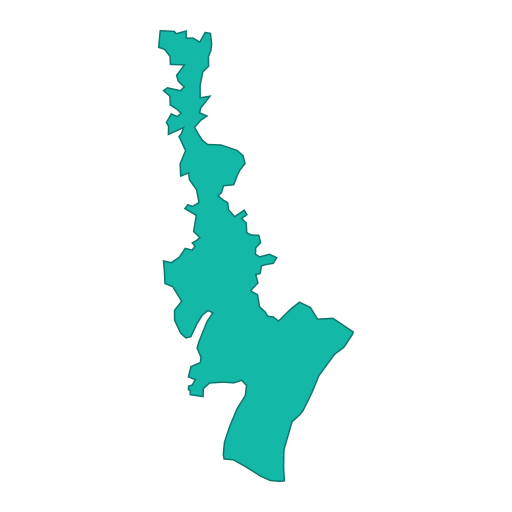 Kumkurgan, Surkhandarya, Uzbekistan (Equal Earth projection)
{"feature_id": "79887680B83701806850214", "entity_name": "Kumkurgan", "entity_type": "district", "adm_level": 2, "iso_a3": "UZB", "parent_name": "Uzbekistan", "parent_adm1": "Surkhandarya", "projection": "equal_earth", "projection_center": [67.631, 37.927], "detail": "fine", "context": "isolated", "style": "filled", "palette": "teal", "viewbox_px": 512, "rotation_deg": 0, "n_neighbors": 0, "source": "geoboundaries", "source_scale": "gbopen_adm2", "svg_char_len": 2227}
<svg xmlns="http://www.w3.org/2000/svg" viewBox="0 0 512 512"><path d="M163.5,260.9L164.4,271.2L165.0,283.5L172.8,286.7L181.7,301.3L174.5,310.4L174.6,320.2L180.8,333.3L185.8,337.9L190.9,336.6L196.8,324.0L202.6,314.8L207.9,310.6L212.9,312.7L207.1,321.4L203.6,330.1L199.1,341.3L197.1,348.1L201.0,357.1L200.4,362.5L191.0,366.6L188.4,376.9L195.3,379.6L192.3,384.9L188.6,386.2L188.5,389.7L190.3,390.7L190.2,394.7L203.1,396.6L203.3,388.7L209.5,383.0L223.5,382.1L233.6,382.9L241.6,380.3L246.5,385.4L245.3,395.7L237.1,408.7L229.6,426.6L224.5,442.2L223.3,454.5L224.1,459.0L233.3,459.8L245.6,466.7L260.6,476.1L270.2,480.5L279.0,481.3L284.4,480.9L283.6,468.4L283.9,449.9L286.4,441.2L292.0,421.8L299.8,414.7L303.0,410.7L311.7,393.1L318.9,375.6L334.7,354.1L340.1,350.2L344.0,347.1L351.9,335.2L353.3,332.1L351.6,330.9L332.9,318.3L317.6,319.2L310.5,307.6L299.5,302.2L291.0,308.8L278.6,321.1L273.1,316.9L267.6,316.2L265.4,312.2L259.5,306.6L257.5,294.7L251.6,291.5L251.2,290.0L257.9,282.9L255.8,274.5L260.0,273.6L261.6,265.8L266.3,264.5L273.3,263.3L276.7,257.6L269.4,254.3L259.6,256.9L255.5,254.3L255.7,247.9L260.5,242.7L258.8,235.3L251.4,235.0L246.8,232.8L246.2,223.0L241.6,218.4L246.9,214.7L244.2,210.1L234.7,216.7L228.4,209.6L227.7,202.7L223.1,200.0L218.1,195.9L221.5,192.6L223.5,185.8L233.8,184.7L236.8,176.5L239.8,170.2L245.1,163.5L243.0,155.6L237.1,150.5L221.0,145.0L207.5,144.5L202.5,140.4L198.9,134.9L194.5,127.4L200.8,120.2L206.9,116.0L199.6,112.8L200.7,108.0L210.0,96.2L200.2,97.8L200.1,85.5L202.8,71.9L208.6,66.2L208.4,56.4L210.9,50.6L211.6,43.8L210.4,33.4L205.1,32.5L199.8,42.1L193.0,38.1L186.2,38.2L186.1,31.0L176.3,33.7L174.2,31.4L160.2,30.7L158.7,47.3L164.8,49.5L170.1,56.5L170.4,64.4L184.4,64.9L176.6,75.4L178.3,81.3L184.2,86.9L180.4,90.7L167.4,87.8L163.6,90.6L169.9,96.2L170.2,105.0L177.0,109.2L181.1,113.3L177.3,116.6L171.3,113.9L166.4,122.6L168.6,126.1L168.4,134.4L183.5,127.6L181.5,133.4L179.0,136.7L180.8,140.2L185.6,150.7L180.1,163.8L180.7,176.1L188.7,172.9L189.5,179.8L196.6,189.9L199.0,202.7L192.4,206.4L187.8,204.8L184.9,208.6L196.3,215.4L193.6,231.5L199.9,237.6L196.6,240.5L192.3,242.8L195.0,246.3L192.1,250.1L185.2,248.4L179.4,257.1L171.3,262.7L163.5,260.9Z" fill="#14b8a6" stroke="#0f766e" stroke-width="1.5"/></svg>